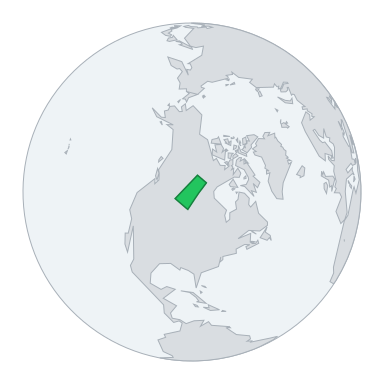 the Earth from above Saskatchewan, rotated 40°
{"feature_id": "CAN-631", "entity_name": "Saskatchewan", "entity_type": "Province", "adm_level": 1, "iso_a3": "CAN", "parent_name": "Canada", "parent_adm1": "", "projection": "orthographic", "projection_center": [-105.491, 54.496], "detail": "coarse", "context": "on_globe", "style": "filled", "palette": "green", "viewbox_px": 384, "rotation_deg": 40, "n_neighbors": 0, "source": "natural_earth", "source_scale": "10m", "svg_char_len": 10261}
<svg xmlns="http://www.w3.org/2000/svg" viewBox="0 0 384 384"><g transform="rotate(40 192 192)"><circle cx="192" cy="192" r="169" fill="#eef3f6" stroke="#a8b0b8"/><path d="M273.9,339.8L283.9,330.8L282.2,330.1L272.5,332.7L261.0,327.2L265.2,320.3L262.2,318.9L272.1,306.2L268.7,298.7L265.0,299.0L261.8,303.7L248.5,302.5L242.8,296.7L197.6,291.7L192.0,287.8L190.5,280.8L168.8,255.7L181.3,279.5L174.1,275.0L167.2,266.4L169.6,264.5L163.0,251.3L155.7,245.6L150.3,227.7L155.0,205.5L158.2,209.6L158.9,204.1L154.9,198.7L152.1,196.5L149.3,172.5L137.4,156.3L129.4,156.5L134.5,152.6L116.6,157.0L107.4,153.1L120.4,154.4L123.7,152.1L118.8,147.7L121.1,144.5L120.1,140.6L123.3,137.3L130.6,138.6L132.8,136.6L129.2,133.6L130.2,128.7L135.2,133.3L137.4,125.2L150.0,126.6L160.7,142.9L170.3,141.9L188.2,154.2L189.1,150.6L196.5,153.4L200.4,150.4L202.6,153.9L203.8,148.5L201.0,146.0L200.6,142.9L202.6,141.0L205.8,144.9L205.3,146.5L207.3,146.6L208.0,149.5L208.8,147.0L212.4,152.2L211.8,144.3L217.3,146.2L218.8,150.4L214.7,153.5L208.0,171.9L208.3,177.6L213.0,182.4L230.1,183.7L232.1,188.9L237.7,193.2L238.5,188.7L234.3,183.6L237.1,176.5L231.7,171.6L232.0,168.1L228.1,161.8L233.0,159.2L239.9,160.0L243.5,165.2L246.6,165.8L246.8,158.2L256.7,165.5L269.1,166.5L271.2,169.0L269.0,178.3L260.2,184.9L257.3,198.1L263.6,186.0L268.7,192.9L271.4,192.7L273.7,190.5L273.4,186.6L276.1,188.4L270.9,200.6L268.4,199.2L270.1,195.2L266.0,198.5L262.5,207.4L265.4,210.5L257.1,221.5L259.1,224.0L258.4,227.9L255.8,223.2L260.2,232.1L251.0,247.9L256.9,262.9L246.3,253.7L239.7,254.5L232.0,257.1L232.9,259.6L221.6,260.4L213.2,267.8L212.7,280.5L218.6,288.7L230.9,286.5L233.4,280.7L241.7,277.3L238.3,291.9L253.3,289.1L253.3,298.5L258.0,301.4L264.8,297.6L272.1,296.6L276.4,289.3L283.6,282.6L284.8,289.4L288.0,280.7L292.6,281.6L306.5,271.6L305.7,274.0L317.6,272.7L328.6,265.1L331.2,266.9L330.1,270.9L333.5,267.6L333.5,269.2L345.6,253.9L350.3,247.6L349.2,253.0L343.3,266.9L340.3,272.9L334.2,283.2L327.5,293.0L320.0,302.3L311.9,311.1L303.2,319.2L293.9,326.8L284.2,333.6L273.9,339.8ZM69.2,243.5L69.9,240.3L71.2,243.7L69.2,243.5ZM69.2,237.4L69.2,238.7L69.0,237.4L69.2,237.4ZM68.3,235.8L69.0,237.0L68.1,236.0L68.3,235.8ZM66.9,234.1L67.7,234.9L66.9,234.1ZM257.4,268.3L274.4,268.2L266.0,273.2L267.3,271.2L262.8,270.1L254.7,270.5L246.9,274.9L257.4,268.3ZM65.2,230.5L64.8,229.5L65.7,230.0L65.2,230.5ZM262.2,257.0L259.3,257.6L261.9,256.4L262.2,257.0ZM150.5,196.1L154.6,198.9L157.4,205.2L153.7,203.1L150.5,196.1ZM145.6,184.6L148.2,184.8L147.1,190.5L145.9,188.6L145.6,184.6ZM123.2,157.6L126.2,159.8L122.5,158.8L123.2,157.6ZM119.4,140.7L117.8,141.1L117.9,139.0L119.4,140.7ZM225.7,163.8L226.9,162.9L227.0,164.5L225.7,163.8ZM222.8,162.0L222.1,164.6L220.6,164.2L221.1,162.6L222.8,162.0ZM123.0,131.9L123.7,128.5L124.2,132.2L123.0,131.9ZM224.1,159.0L218.1,163.1L215.6,162.3L215.3,155.8L224.1,159.0ZM124.9,126.6L126.5,118.4L123.1,118.6L133.6,113.6L128.8,122.0L130.0,126.6L127.3,125.1L124.9,126.6ZM199.3,146.1L202.3,148.7L197.9,148.3L199.3,146.1ZM196.5,146.6L183.6,150.5L180.1,145.9L185.2,145.5L179.2,141.1L183.8,136.9L188.2,138.4L189.5,142.1L190.3,137.7L196.5,146.6ZM139.1,112.3L140.5,110.6L140.4,112.7L139.1,112.3ZM200.1,141.6L197.8,142.7L194.6,138.8L198.7,135.9L198.4,138.1L200.1,141.6ZM175.3,142.2L173.6,138.9L177.0,134.5L176.8,132.7L183.6,136.5L175.3,142.2ZM200.1,138.0L200.8,134.5L204.1,134.7L202.1,140.3L200.1,138.0ZM192.1,139.0L190.8,137.1L192.8,137.2L192.1,139.0ZM216.4,133.7L213.7,134.9L211.8,132.9L216.4,133.7ZM200.8,133.2L199.7,133.2L198.6,132.6L199.7,130.4L200.8,133.2ZM185.5,133.2L187.2,132.2L182.9,131.4L185.2,128.3L189.4,131.4L188.5,128.8L189.2,127.8L191.8,131.5L185.5,133.2ZM197.7,126.5L203.8,129.8L209.2,127.8L211.0,129.5L202.0,132.3L197.7,126.5ZM194.0,129.1L196.7,127.9L197.6,130.5L196.4,132.9L194.0,129.1ZM185.3,125.1L180.6,129.0L179.9,128.2L185.3,125.1ZM199.1,125.4L197.6,124.7L199.4,125.0L199.1,125.4ZM189.3,124.5L187.8,126.0L187.0,125.1L189.3,124.5ZM195.9,122.1L197.9,123.1L197.1,124.7L195.9,122.1ZM192.7,122.8L192.0,121.1L195.6,124.7L192.2,123.6L192.7,122.8ZM188.8,123.4L187.8,123.3L189.6,122.9L188.8,123.4ZM197.8,115.4L202.5,119.5L200.7,123.1L196.4,118.6L197.8,115.4ZM286.6,52.0L285.8,51.5L285.7,51.4L287.7,52.8L289.6,54.1L290.2,54.6L289.9,54.3L299.7,61.8L309.0,70.1L317.6,79.0L325.5,88.5L332.8,98.6L339.2,109.1L344.9,120.2L349.8,131.6L353.8,143.3L356.9,155.3L359.2,167.5L359.4,171.3L355.3,172.0L352.6,163.0L348.7,158.7L327.2,116.1L326.4,109.6L313.7,86.3L312.8,83.8L318.4,87.6L312.2,75.1L305.3,69.2L295.6,59.0L286.5,52.1L276.1,46.9L290.9,58.0L289.5,59.0L274.3,49.2L260.8,40.5L259.8,40.7L265.0,45.8L258.4,43.8L266.4,47.8L265.7,46.2L270.7,48.8L271.6,50.4L269.2,49.5L272.3,52.4L282.7,56.3L283.2,55.1L293.4,63.8L295.2,62.7L299.2,65.6L297.8,68.5L295.3,67.8L295.5,75.7L299.1,77.2L299.1,70.0L300.6,72.3L305.4,74.8L303.0,74.8L302.0,82.8L309.0,93.0L323.9,107.9L326.7,114.8L326.3,120.5L314.8,114.4L309.8,99.7L305.7,97.8L301.5,101.1L300.4,96.6L298.1,96.3L295.7,91.2L287.2,85.0L284.0,80.3L275.8,79.2L273.0,76.8L278.7,78.0L280.9,76.6L272.4,66.1L269.3,64.4L264.6,64.7L262.8,62.0L259.4,63.5L252.1,58.7L258.2,66.1L252.8,67.1L245.8,65.1L245.1,66.9L256.6,70.2L260.3,70.3L261.6,68.3L272.5,70.6L276.5,74.0L269.2,77.0L274.1,82.4L266.4,82.8L239.9,72.9L231.4,68.5L227.7,57.4L232.5,57.2L236.3,61.0L237.3,55.8L235.1,57.0L233.6,54.9L228.2,55.7L226.8,54.3L223.8,57.6L221.6,56.0L223.6,53.9L213.6,54.1L207.7,51.6L206.1,52.4L206.0,53.9L198.6,49.9L197.7,50.7L199.8,52.3L199.5,54.9L195.9,58.1L193.5,56.6L194.5,55.2L192.9,50.2L195.8,47.0L194.5,46.7L191.4,49.1L193.3,55.2L191.9,57.6L190.2,54.7L190.7,56.0L189.2,56.7L185.6,56.1L187.0,59.3L174.1,70.7L165.7,71.0L165.7,66.8L154.1,74.2L145.5,74.5L147.5,75.9L143.2,80.7L145.9,80.7L146.5,81.7L136.9,95.0L132.8,97.1L130.8,105.0L131.9,105.8L134.8,104.6L133.6,113.6L123.1,118.6L121.4,116.5L116.0,121.4L112.8,116.1L107.7,114.1L107.2,106.0L103.2,105.4L101.5,107.4L94.8,108.5L86.7,104.1L100.4,98.7L114.1,104.9L109.2,101.4L112.4,99.6L112.0,96.9L108.3,94.9L106.5,96.2L111.6,81.0L107.0,72.9L102.1,78.9L96.9,81.3L87.4,79.0L88.2,65.6L81.2,70.0L79.3,70.4L82.2,66.7L85.0,65.9L89.9,62.2L91.0,62.5L96.5,56.8L98.5,57.0L101.8,52.7L98.1,54.3L92.6,59.1L94.6,55.6L86.2,61.2L82.8,63.2L84.5,61.7L94.0,54.3L104.1,47.7L114.6,41.8L125.5,36.7L136.8,32.3L148.3,28.8L160.0,26.1L171.9,24.2L183.9,23.2L196.0,23.1L208.0,23.8L220.0,25.4L231.8,27.8L243.4,31.0L254.7,35.1L265.8,40.0L276.4,45.6L286.6,52.0ZM339.0,130.4L340.6,132.0L339.0,130.4ZM249.2,33.6L239.3,30.1L239.0,31.1L235.2,29.9L236.5,30.8L239.0,31.2L241.5,33.7L235.5,32.2L234.3,32.9L237.6,34.1L248.1,36.5L244.7,32.8L249.0,33.9L249.2,33.6ZM306.9,271.2L308.7,271.3L306.6,273.0L306.9,271.2ZM265.4,276.9L268.7,275.6L270.7,276.0L268.3,277.6L265.4,276.9ZM291.5,263.1L294.9,261.5L291.6,264.4L291.5,263.1ZM276.9,267.9L288.8,264.5L282.3,270.9L274.7,273.0L279.5,269.7L276.9,267.9ZM262.0,262.6L264.2,262.3L263.9,264.0L262.0,262.6ZM264.1,256.2L263.3,256.7L262.0,255.9L264.1,256.2ZM269.0,192.2L269.5,191.3L272.1,189.7L271.5,191.8L269.0,192.2ZM279.8,175.0L283.9,178.2L280.6,177.2L280.6,180.7L273.6,183.2L271.9,170.4L273.9,175.6L279.8,175.0ZM263.8,183.3L268.4,182.9L263.4,183.9L263.8,183.3ZM287.7,100.7L288.5,98.4L291.9,99.9L296.0,106.7L291.1,104.5L287.7,100.7ZM289.0,95.1L280.7,96.6L277.9,92.7L280.9,94.6L279.8,91.9L284.3,94.2L289.7,89.3L293.1,90.4L298.7,101.8L295.0,97.3L294.4,99.7L289.0,95.1ZM264.6,110.0L260.9,111.4L259.5,101.1L263.0,101.1L267.3,107.6L265.6,111.5L264.6,110.0ZM224.7,146.9L223.4,148.6L222.5,147.5L222.9,145.1L224.7,146.9ZM215.3,134.4L229.4,138.5L228.6,140.6L237.8,140.9L239.4,146.6L233.4,146.1L241.5,150.9L236.7,152.8L242.4,155.5L228.8,153.9L224.9,156.0L228.7,151.4L227.4,146.1L225.6,144.5L217.6,141.4L208.4,143.7L205.6,139.0L206.1,135.2L207.9,133.9L209.1,137.3L210.6,133.2L213.8,137.1L215.3,134.4ZM213.3,96.3L214.0,100.1L217.5,93.8L220.7,97.2L220.9,96.2L224.9,97.7L230.0,98.0L230.8,100.0L232.5,99.3L235.1,100.3L237.6,100.1L240.1,103.6L243.3,103.6L242.6,105.3L247.6,104.4L245.0,106.6L248.1,108.4L249.0,105.3L255.9,126.3L260.9,133.8L266.4,139.0L261.2,142.6L252.6,140.1L243.3,134.7L239.3,127.2L237.6,130.3L235.2,127.7L237.5,126.3L232.5,126.9L231.2,124.4L222.9,120.5L216.5,123.2L213.3,122.0L215.1,119.7L210.6,120.1L211.9,115.0L209.6,114.1L208.6,108.3L213.4,104.6L210.5,103.8L209.6,99.6L213.3,96.3ZM197.7,113.7L202.7,108.2L207.0,107.5L207.0,118.0L208.9,119.5L209.0,126.5L202.9,127.5L203.4,125.4L202.5,123.6L204.8,124.0L202.3,122.3L202.9,119.4L201.1,117.4L203.2,116.1L197.7,113.7ZM309.3,80.5L308.1,78.6L305.8,75.6L308.7,77.3L309.3,80.5ZM308.9,86.0L307.5,84.1L310.5,84.7L311.7,86.8L308.9,86.0ZM304.1,82.7L307.2,84.0L306.2,84.6L304.1,82.7ZM277.1,76.5L275.3,74.7L276.1,74.3L278.3,75.1L277.1,76.5ZM224.5,79.5L224.2,81.6L223.0,81.4L219.3,84.7L216.6,82.6L217.8,79.8L224.5,79.5ZM280.1,49.1L284.2,51.5L284.9,52.3L283.4,51.3L280.1,49.1ZM298.3,64.2L295.4,60.8L299.2,64.7L298.3,64.2ZM220.9,77.8L219.7,79.4L219.1,77.4L220.9,77.8ZM214.5,81.3L213.4,79.2L215.9,82.7L214.5,81.3ZM196.4,64.2L204.6,61.8L208.7,59.1L208.3,55.9L212.4,59.6L206.1,63.7L196.4,64.2ZM177.1,69.9L177.5,73.0L175.0,72.7L174.6,71.9L177.1,69.9ZM179.0,71.1L183.9,73.2L182.6,75.5L179.0,73.4L179.0,71.1ZM202.7,74.7L205.3,74.1L205.7,75.7L202.7,74.7ZM70.8,78.5L72.8,77.4L70.7,80.2L69.9,80.2L70.8,78.5ZM66.0,89.3L70.9,80.7L75.1,74.2L72.7,76.5L71.7,75.8L76.5,72.0L75.1,75.9L71.5,81.0L73.1,81.5L71.8,85.5L75.3,84.7L75.4,86.6L71.1,89.0L66.0,89.3ZM77.0,84.1L82.7,85.0L78.0,91.1L75.6,92.2L75.0,89.2L77.6,86.1L77.0,84.1ZM82.7,87.1L85.2,84.3L98.9,81.4L100.6,82.4L87.7,87.3L89.4,85.0L86.9,84.7L82.7,87.1ZM138.9,110.1L140.4,110.6L138.5,111.4L138.9,110.1ZM148.0,81.6L148.6,83.1L146.4,83.9L148.0,81.6ZM148.9,88.0L151.0,86.0L149.8,88.8L148.9,88.0ZM155.4,81.7L152.3,85.6L153.9,80.9L155.4,81.7Z" fill="#d9dde1" stroke="#a8b0b8" stroke-width="1"/><path d="M197.9,208.1L183.3,207.9L185.4,175.6L197.1,175.7L197.2,176.0L197.2,176.3L197.2,177.0L197.6,183.7L197.6,184.7L197.7,185.8L197.7,186.9L197.8,188.0L197.8,188.6L197.9,189.2L198.0,189.9L198.0,190.5L198.1,191.1L198.2,191.7L198.2,192.4L198.3,193.0L198.4,193.6L198.4,194.3L198.5,194.9L198.6,195.5L198.6,196.1L198.7,196.8L198.8,197.4L198.9,198.0L198.9,198.7L199.1,199.9L199.1,200.5L199.2,201.2L199.3,201.8L199.4,203.1L199.5,203.7L199.6,204.3L199.6,204.9L199.7,205.6L199.8,206.2L199.8,206.8L199.9,207.4L200.0,208.0L198.3,208.1L197.9,208.1Z" fill="#22c55e" stroke="#15803d" stroke-width="1.5"/></g></svg>